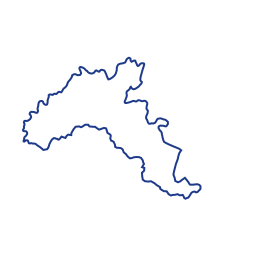 the district of Brest, Brest, Belarus, rotated 300°
{"feature_id": "67162791B30498032594927", "entity_name": "Brest", "entity_type": "district", "adm_level": 2, "iso_a3": "BLR", "parent_name": "Belarus", "parent_adm1": "Brest", "projection": "robinson", "projection_center": [23.755, 51.901], "detail": "fine", "context": "isolated", "style": "outline", "palette": "blue", "viewbox_px": 256, "rotation_deg": 300, "n_neighbors": 0, "source": "geoboundaries", "source_scale": "gbopen_adm2", "svg_char_len": 5772}
<svg xmlns="http://www.w3.org/2000/svg" viewBox="0 0 256 256"><g transform="rotate(300 128 128)"><path d="M189.9,100.6L189.5,99.6L188.9,99.1L188.0,98.5L187.2,98.0L187.4,97.1L187.7,96.5L188.4,96.1L189.3,95.4L189.5,94.3L189.2,93.6L188.5,93.1L187.2,92.6L186.6,92.5L184.9,92.7L183.4,92.8L182.5,92.1L181.7,91.5L181.3,90.9L180.4,89.9L180.1,89.4L179.0,88.5L178.2,87.9L177.4,87.8L176.4,87.8L174.7,88.1L172.9,89.1L171.6,89.6L170.1,89.9L168.9,90.2L166.7,90.1L165.0,89.6L163.4,88.9L162.0,88.2L161.0,87.5L160.3,86.7L160.8,85.7L161.5,85.0L162.0,84.1L162.7,83.3L163.5,82.4L164.3,81.3L165.1,80.2L165.9,78.9L165.8,78.0L165.6,77.1L165.2,76.0L164.6,75.4L163.5,75.1L162.5,75.0L162.1,74.4L162.1,73.7L162.0,72.9L162.1,71.9L161.4,71.2L160.7,71.1L159.2,71.0L158.0,70.4L157.3,69.7L156.7,68.7L156.3,67.2L156.3,65.9L156.5,65.0L157.0,63.9L156.9,62.8L157.3,61.7L157.6,60.9L157.7,59.5L157.7,58.8L157.5,57.9L157.5,57.4L157.0,56.3L156.5,55.9L155.8,55.9L155.1,56.3L154.2,57.3L153.8,58.0L153.4,58.5L152.5,59.6L151.8,60.1L150.1,60.0L149.2,59.0L148.6,58.0L148.5,57.2L148.4,56.6L148.3,55.9L148.0,55.0L147.8,54.6L146.6,53.8L145.6,53.3L144.5,53.8L143.1,53.8L142.1,53.8L140.4,53.6L139.8,53.5L138.5,53.2L137.5,53.2L136.2,53.3L135.2,53.6L134.1,53.7L133.2,53.6L131.8,53.3L131.0,53.0L129.8,52.5L128.9,52.5L128.1,52.5L126.6,52.5L125.5,52.3L125.2,51.4L125.0,50.6L124.7,50.0L124.0,49.6L123.6,49.5L121.9,49.1L121.4,48.7L121.3,48.0L121.0,47.3L120.2,46.6L119.3,46.4L118.8,45.8L118.6,45.1L118.4,44.3L117.8,43.3L116.9,42.9L116.1,43.3L115.2,43.9L114.2,44.0L113.4,44.2L112.0,44.5L111.1,44.9L110.5,45.3L109.6,45.7L108.6,46.0L107.8,46.1L107.3,45.6L106.9,45.1L106.8,43.8L107.0,42.9L107.4,42.2L108.2,41.3L108.4,40.2L108.0,39.3L107.2,38.4L105.9,38.0L105.1,38.1L103.8,38.5L102.8,39.0L101.9,39.3L101.1,39.5L100.1,39.8L99.5,40.0L98.6,40.7L97.8,41.6L96.4,41.8L95.5,41.5L95.2,40.8L95.0,39.4L94.8,38.5L94.6,38.0L93.6,36.1L92.4,35.5L91.7,35.6L91.0,35.8L90.6,36.2L90.5,37.1L89.9,37.8L89.4,38.4L88.9,38.7L87.7,38.7L86.8,38.8L85.7,38.4L85.0,38.0L84.4,37.7L83.5,36.8L83.1,36.1L82.8,35.3L82.3,34.8L81.1,34.9L80.3,35.5L80.0,36.2L78.7,36.9L77.9,36.9L77.0,37.2L76.2,37.9L75.6,38.0L74.7,38.0L73.8,38.0L73.1,39.0L73.5,40.0L74.2,41.3L74.0,42.1L73.5,43.0L72.5,43.6L70.9,43.6L69.7,43.4L68.6,43.0L68.0,43.0L67.1,43.2L66.5,43.7L65.7,43.8L64.8,43.9L64.2,44.4L64.5,45.1L65.3,45.3L66.4,45.9L67.0,47.1L67.0,47.6L66.1,48.7L65.3,49.7L65.5,50.7L66.2,51.4L66.7,52.2L66.8,53.1L67.4,54.1L67.9,55.3L68.0,56.3L67.6,57.9L67.6,59.0L67.4,62.0L66.7,65.7L68.1,67.3L69.1,68.5L70.8,68.8L73.3,68.4L74.9,68.0L76.7,67.9L78.9,67.8L80.5,68.1L82.1,68.8L82.7,69.9L82.7,70.8L83.2,72.2L83.0,73.0L83.2,73.8L84.9,74.4L87.3,74.7L88.1,78.8L90.5,78.8L92.3,79.5L93.5,82.4L95.3,81.5L99.7,81.5L102.9,82.0L104.9,84.8L105.2,86.9L106.7,88.0L109.4,89.2L110.9,91.9L110.1,93.8L111.5,97.0L112.6,98.9L112.3,101.3L112.1,103.7L113.9,105.3L116.1,107.2L116.7,109.2L115.1,111.0L113.5,112.7L113.4,116.0L112.7,116.9L109.9,118.0L108.6,119.8L108.9,121.3L108.8,122.6L106.8,125.3L105.3,126.2L105.3,128.2L106.4,130.3L107.0,131.8L106.8,134.1L105.6,135.5L104.8,136.5L104.3,139.6L103.5,141.0L103.0,142.7L102.7,144.9L103.7,146.1L105.7,147.9L107.1,149.8L108.3,152.2L108.6,154.2L107.4,156.9L105.7,158.5L104.9,159.8L101.1,159.8L101.6,162.1L99.1,163.3L96.2,162.5L93.2,164.5L90.7,166.6L90.4,169.2L91.4,171.7L92.2,172.9L93.4,174.6L93.4,178.8L92.9,181.1L92.8,185.3L91.5,186.3L91.2,188.5L91.3,190.8L92.5,193.2L91.0,196.3L91.0,198.9L92.3,200.1L93.6,202.0L95.5,204.1L95.5,206.0L96.1,207.3L97.4,208.8L96.7,210.2L95.6,211.6L95.5,213.1L97.1,214.2L97.8,215.0L101.2,215.3L103.6,215.3L105.2,216.2L106.3,217.6L106.3,219.1L107.3,220.2L111.4,221.2L113.8,219.9L114.4,218.2L114.0,216.3L112.5,214.0L111.7,213.1L110.0,210.1L110.3,209.0L111.4,207.2L112.0,205.6L112.8,203.6L113.3,202.2L110.3,200.8L107.7,199.8L106.0,198.4L105.8,195.4L108.1,193.4L110.3,190.7L112.9,189.7L120.8,187.5L125.6,186.7L128.8,185.7L131.8,185.0L135.3,185.2L135.6,182.8L135.3,180.2L135.0,178.1L134.7,175.9L134.4,173.1L134.2,171.3L134.0,168.5L134.0,166.3L134.9,164.9L136.0,163.8L136.8,162.9L138.5,161.5L139.5,160.5L140.7,159.6L141.3,158.7L141.6,157.9L141.8,156.9L142.4,155.9L142.9,154.8L144.0,154.0L144.8,153.9L145.7,154.4L146.4,155.0L146.8,156.1L147.4,157.1L147.8,157.9L148.0,159.3L148.6,160.2L149.6,160.5L151.6,160.5L153.2,159.5L153.6,157.9L153.8,156.6L153.6,155.3L153.2,154.5L153.0,152.8L152.7,151.5L152.3,150.9L152.0,150.5L151.6,150.0L150.7,149.1L149.7,148.9L147.9,149.0L146.0,148.8L144.5,147.6L143.9,146.1L143.1,145.4L142.7,145.0L142.2,144.1L142.5,143.2L143.0,142.3L143.6,141.6L144.1,141.0L144.8,140.1L145.2,139.2L145.5,138.8L146.4,138.3L147.0,138.0L148.1,137.8L149.3,137.7L150.7,137.5L152.4,136.8L153.1,136.3L153.3,135.6L153.7,134.7L154.1,134.3L155.0,133.8L156.0,133.4L157.3,133.0L158.4,132.7L159.3,132.1L159.9,130.9L160.1,129.8L159.9,128.9L159.6,128.3L158.6,127.3L158.1,126.5L158.0,125.5L157.7,124.2L157.6,123.6L156.9,122.8L156.0,122.4L155.3,122.1L154.7,121.2L154.6,120.3L154.4,119.5L153.8,118.7L152.5,117.7L151.3,116.7L150.0,115.4L149.4,114.7L148.9,114.2L148.4,113.3L148.4,112.6L149.0,112.0L150.1,111.8L151.0,111.7L152.9,111.4L154.2,111.2L155.7,110.7L156.6,109.9L157.5,109.2L158.6,108.8L159.4,108.8L161.1,109.5L162.0,109.8L162.9,109.9L163.5,109.8L164.0,109.7L164.6,109.7L165.1,109.9L164.7,110.5L164.4,111.3L164.2,111.9L164.2,112.6L164.4,113.5L165.0,114.2L165.9,114.9L166.7,115.3L167.7,115.8L169.1,116.5L170.6,116.8L171.5,116.9L172.9,117.3L174.0,117.3L174.9,116.8L175.0,115.8L175.5,114.9L176.4,114.3L177.7,113.7L179.5,113.1L181.9,112.5L184.3,111.9L185.7,111.5L187.1,111.2L188.2,111.0L189.4,110.7L190.3,110.5L191.5,110.1L191.8,109.5L191.5,108.5L191.2,107.9L190.3,106.9L189.0,106.4L188.2,106.4L187.1,106.0L186.6,105.4L187.0,104.4L187.6,103.7L188.0,103.2L188.4,102.6L188.9,101.8L189.7,100.7L189.9,100.6Z" fill="none" stroke="#1e3a8a" stroke-width="2"/></g></svg>